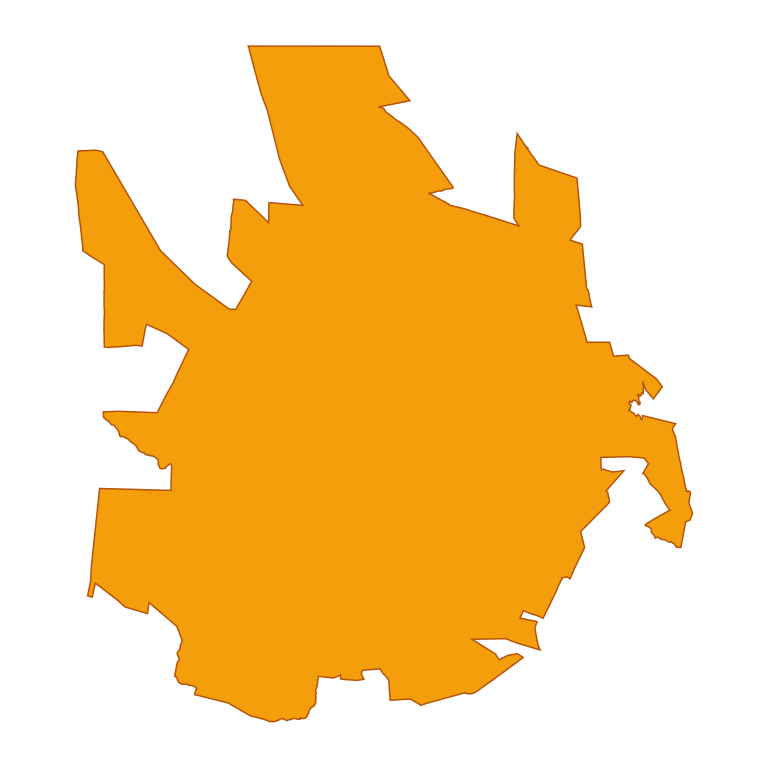 the district of Pueblo Nuevo Solistahuacán, Chiapas, Mexico
{"feature_id": "50627088B52747419907097", "entity_name": "Pueblo Nuevo Solistahuacán", "entity_type": "district", "adm_level": 2, "iso_a3": "MEX", "parent_name": "Mexico", "parent_adm1": "Chiapas", "projection": "natural_earth1", "projection_center": [-92.879, 17.225], "detail": "fine", "context": "isolated", "style": "filled", "palette": "amber", "viewbox_px": 768, "rotation_deg": 0, "n_neighbors": 0, "source": "geoboundaries", "source_scale": "gbopen_adm2", "svg_char_len": 6072}
<svg xmlns="http://www.w3.org/2000/svg" viewBox="0 0 768 768"><path d="M76.4,172.5L75.5,181.8L75.4,185.8L76.7,193.4L77.0,196.3L78.3,205.4L78.7,211.3L79.4,219.3L79.9,221.7L80.5,226.7L81.6,237.1L82.7,246.4L82.8,250.8L89.9,255.6L104.4,264.7L104.2,271.2L104.4,289.8L104.1,290.7L104.1,306.5L104.5,311.7L104.0,323.0L104.0,333.1L104.2,335.3L104.3,346.9L108.8,347.5L114.3,346.9L117.0,346.9L121.6,346.6L135.5,345.3L142.2,346.0L142.9,341.6L144.6,332.9L144.8,331.1L145.0,330.9L145.3,328.8L146.5,324.3L167.1,333.6L188.7,349.4L176.4,375.2L173.4,382.4L166.7,394.1L157.2,412.7L118.2,411.3L103.2,411.9L103.7,417.2L103.6,417.6L104.8,418.4L105.9,419.6L108.7,421.4L109.8,422.6L110.7,423.9L111.5,424.7L113.0,425.0L114.5,425.6L116.5,428.6L117.6,429.5L118.8,432.0L119.3,433.7L119.6,435.0L119.9,436.0L120.3,436.6L122.2,436.5L123.9,436.8L125.6,438.0L126.8,438.4L128.0,439.1L129.3,440.2L129.4,440.6L132.3,443.0L133.5,443.6L134.9,444.8L135.5,445.1L136.1,445.8L137.2,448.1L137.7,448.6L138.4,450.0L140.0,451.4L142.2,452.6L142.9,452.6L143.9,452.8L144.7,453.3L144.9,454.0L145.7,454.6L148.1,455.1L149.1,455.0L150.0,455.6L153.5,456.3L154.4,456.8L156.9,458.7L157.9,460.0L158.3,460.9L158.4,462.6L158.0,463.7L158.6,465.3L159.4,466.3L159.6,467.2L160.0,468.4L160.8,468.7L161.9,468.8L165.3,468.2L165.9,467.5L166.8,466.0L168.5,465.0L170.4,463.5L170.6,463.6L171.6,465.4L170.9,490.4L99.6,488.5L91.2,568.2L90.7,580.8L87.6,595.8L92.3,597.1L95.3,583.1L118.2,600.7L124.9,606.9L147.5,613.6L149.0,602.6L176.9,626.4L182.3,640.8L181.6,642.1L181.4,642.9L180.5,645.0L180.5,646.3L180.2,646.9L180.2,647.7L179.8,648.6L179.8,649.4L179.0,650.2L177.7,652.0L177.4,652.6L177.2,653.5L177.2,654.0L177.5,654.7L177.9,655.2L178.1,656.3L178.7,657.3L179.2,660.2L177.4,661.9L174.6,676.2L177.0,677.6L177.5,680.5L178.7,682.3L179.8,683.1L181.2,683.7L182.0,684.4L184.6,684.1L187.1,684.2L188.8,685.4L190.5,685.2L193.8,686.1L195.6,687.3L196.8,688.7L195.8,690.2L194.6,693.9L194.7,694.6L227.9,702.9L251.2,716.3L256.1,717.2L266.4,720.1L269.7,721.7L271.3,721.3L273.3,721.9L274.4,721.5L276.2,721.1L278.5,720.2L280.7,718.8L283.3,718.8L284.8,719.8L287.1,720.6L288.5,719.9L291.5,719.3L293.5,718.4L295.6,718.7L298.1,719.4L300.4,719.1L300.6,717.8L303.2,718.6L304.9,718.3L306.9,716.5L308.6,713.0L308.9,711.3L311.1,707.6L314.0,706.1L314.4,704.5L315.1,704.4L315.8,702.1L315.4,700.2L316.1,698.4L315.6,694.8L316.3,693.4L315.6,690.4L316.5,688.3L316.9,686.4L316.9,685.6L317.2,685.6L317.9,679.4L318.4,676.8L318.6,676.4L329.0,677.6L334.2,677.9L334.7,677.5L340.7,675.1L340.6,678.9L342.6,679.3L357.2,680.4L363.9,679.3L361.4,674.2L362.3,670.3L380.0,668.9L382.7,673.1L386.0,676.5L388.8,680.3L390.1,700.2L392.9,700.1L403.3,699.4L408.5,699.2L411.2,699.2L412.8,700.5L418.6,703.7L420.5,705.4L429.8,702.4L463.3,693.2L465.7,693.1L467.9,693.7L469.7,693.9L472.3,693.5L475.2,692.4L494.8,678.5L523.2,657.5L517.4,653.7L507.9,655.3L499.2,659.7L495.4,653.9L472.0,639.3L505.5,638.7L517.2,643.1L540.2,650.0L538.0,645.2L534.9,628.5L534.9,628.1L535.5,626.2L536.0,624.5L537.1,621.9L536.1,621.3L526.9,619.6L525.7,619.1L520.0,618.2L521.6,614.5L522.2,613.5L523.4,610.6L528.2,612.7L537.8,615.9L543.1,618.2L554.0,595.9L555.2,593.4L555.6,592.6L558.4,585.9L561.4,579.9L561.8,578.9L561.8,577.9L567.2,576.9L569.9,578.8L571.3,575.9L574.3,568.7L584.5,547.8L584.5,547.1L580.6,531.6L609.6,502.2L607.7,492.2L606.0,491.0L623.9,470.7L614.5,471.8L611.3,471.9L609.1,470.9L606.3,470.4L604.9,469.6L603.8,469.2L601.5,469.7L601.0,466.4L600.8,457.4L628.8,456.7L644.2,458.0L648.5,463.8L642.8,473.4L644.0,473.9L646.0,476.0L647.4,478.4L649.2,481.9L649.9,483.7L653.6,486.9L658.8,492.2L659.7,493.5L661.4,496.3L662.6,498.9L664.8,502.6L665.6,504.2L668.9,508.9L670.2,510.1L665.8,512.4L664.5,513.3L659.7,515.8L652.5,520.0L646.3,523.9L646.3,524.2L645.2,524.9L645.7,525.8L648.6,526.8L651.4,528.9L651.2,531.4L652.3,533.5L654.1,535.2L655.1,538.1L657.8,537.1L660.9,539.3L662.5,539.6L664.5,539.5L668.3,541.8L669.8,542.3L671.3,541.7L672.4,543.0L673.8,543.2L676.4,547.1L679.1,547.4L680.9,547.4L685.6,522.0L687.3,521.1L689.9,520.2L692.6,513.4L688.8,502.8L690.5,492.9L690.0,491.7L689.4,491.4L688.8,490.9L687.9,491.2L687.9,491.6L686.7,491.4L685.3,486.6L683.9,479.0L681.5,468.9L681.6,468.2L680.8,465.6L680.6,462.7L680.1,461.8L678.9,456.1L676.1,440.6L675.5,436.8L673.3,431.8L672.4,428.5L675.7,423.7L642.6,415.6L642.6,416.7L642.0,419.5L641.2,419.6L640.1,416.3L637.8,414.4L636.3,416.5L634.4,414.4L634.0,413.4L628.7,410.2L629.9,409.3L630.3,406.2L631.1,405.3L628.8,402.8L629.5,402.0L630.1,400.9L631.6,402.5L633.3,400.2L633.4,400.4L635.9,400.6L636.1,400.5L637.2,402.6L637.8,403.1L638.3,404.9L640.0,404.1L640.0,402.3L639.2,402.7L638.9,400.1L638.5,399.3L639.0,396.6L637.5,395.6L638.4,394.3L639.0,394.7L639.8,395.5L640.8,395.9L642.0,393.1L643.2,393.6L643.2,386.0L643.0,381.6L645.3,389.2L653.3,398.9L662.3,386.8L656.7,379.1L629.5,358.6L628.2,355.1L613.6,356.2L609.6,342.3L587.1,342.3L584.1,331.6L576.2,305.1L591.7,306.9L590.0,299.9L588.4,290.7L586.8,288.9L586.5,286.8L582.3,244.1L570.0,240.2L572.6,236.7L580.6,226.5L580.2,214.3L577.0,178.1L539.0,165.1L536.2,161.0L532.2,155.6L527.8,149.2L527.8,147.6L527.1,147.3L526.8,148.0L517.2,133.5L515.0,152.1L514.4,174.0L514.3,189.3L514.6,196.5L514.1,206.1L513.8,218.2L518.9,226.0L485.1,215.1L483.8,214.8L478.9,213.4L473.7,211.6L469.8,210.6L468.4,210.0L461.1,207.9L449.6,205.3L449.5,204.5L435.0,196.7L432.0,194.8L428.3,193.2L432.6,192.8L438.4,191.0L441.5,191.0L446.0,189.1L447.4,188.8L448.8,188.9L452.2,188.4L453.3,187.6L417.9,137.2L408.4,128.4L402.7,124.1L395.5,119.4L390.4,115.2L385.8,111.9L383.6,108.4L378.5,107.0L409.9,100.7L388.5,75.4L388.6,75.2L388.3,73.6L379.6,46.2L248.2,46.1L248.9,47.9L253.8,66.9L261.4,94.6L267.5,110.8L279.8,159.9L289.7,186.4L302.9,205.4L269.0,202.6L268.6,222.6L245.5,200.4L233.5,199.2L233.8,201.8L233.1,204.6L232.9,209.6L231.3,216.9L231.1,219.3L230.9,229.1L230.5,229.5L229.8,231.0L229.0,243.4L228.5,246.2L227.2,255.5L228.1,257.9L230.9,261.5L231.3,262.5L251.7,281.4L235.8,309.4L229.2,309.1L194.9,284.2L160.6,250.8L102.7,151.7L95.7,150.2L78.0,151.0L77.7,154.1L77.6,154.5L77.2,157.7L76.6,168.4L76.4,170.3L76.4,172.5Z" fill="#f59e0b" stroke="#b45309" stroke-width="1.5"/></svg>